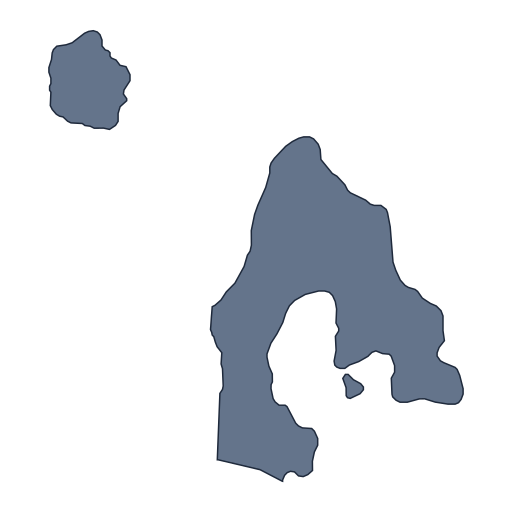 outline of Rabaul District, East New Britain, Papua New Guinea
{"feature_id": "67681753B57084390213157", "entity_name": "Rabaul District", "entity_type": "district", "adm_level": 2, "iso_a3": "PNG", "parent_name": "Papua New Guinea", "parent_adm1": "East New Britain", "projection": "albers", "projection_center": [152.151, -4.184], "detail": "fine", "context": "isolated", "style": "filled", "palette": "slate", "viewbox_px": 512, "rotation_deg": 0, "n_neighbors": 0, "source": "geoboundaries", "source_scale": "gbopen_adm2", "svg_char_len": 2881}
<svg xmlns="http://www.w3.org/2000/svg" viewBox="0 0 512 512"><path d="M282.6,481.3L282.6,480.0L284.6,475.3L287.2,472.6L290.5,471.3L294.5,471.9L298.5,475.9L303.2,476.6L307.8,474.6L312.5,470.5L312.4,461.2L314.4,451.9L317.7,445.2L317.7,438.5L314.4,431.2L311.7,428.5L302.4,427.9L298.4,425.9L295.7,423.2L287.0,406.6L285.1,405.2L279.1,405.2L275.1,401.9L273.1,398.6L271.0,388.6L271.1,384.6L272.4,381.9L272.3,373.9L268.9,366.2L267.0,357.2L267.0,353.9L270.9,343.2L276.9,333.9L282.8,322.5L285.5,313.8L285.6,313.5L286.7,311.2L289.4,305.8L289.7,305.5L294.7,300.4L305.3,294.4L318.6,291.0L324.6,291.0L329.3,292.3L332.6,295.6L335.3,301.6L336.6,309.0L336.0,323.0L338.7,328.3L338.7,331.0L335.4,336.3L336.1,350.4L334.1,361.1L334.4,362.8L334.8,365.1L336.8,367.1L340.1,368.4L344.8,368.4L349.4,365.0L358.7,361.6L368.0,356.3L369.1,355.1L372.0,352.3L375.9,350.9L376.9,351.3L382.6,353.6L389.2,354.2L391.2,356.2L394.6,365.6L394.6,372.2L391.3,378.2L392.0,394.3L392.7,396.9L396.0,400.2L400.0,402.2L407.3,402.2L419.3,398.9L424.6,398.8L435.2,402.1L447.9,404.1L455.2,404.1L458.5,402.7L461.1,399.4L463.1,394.1L463.1,388.7L459.7,375.4L457.1,369.4L455.1,367.4L443.8,362.7L440.4,360.8L437.1,356.1L437.1,352.8L439.1,347.4L444.4,340.7L443.0,330.7L443.0,316.0L441.0,310.7L436.3,306.0L430.3,303.4L422.3,298.1L417.6,291.4L415.0,289.4L408.3,287.4L405.0,285.4L400.3,280.1L395.7,270.1L393.0,262.1L390.2,226.8L387.5,212.7L386.2,209.4L380.9,205.4L374.2,205.4L370.2,204.1L365.6,200.1L362.6,198.7L350.3,192.8L347.6,190.2L344.9,184.8L336.9,176.2L332.3,173.5L320.9,159.5L320.2,149.5L318.2,144.2L317.7,143.6L313.6,138.9L309.6,136.9L303.6,136.9L298.9,138.2L292.3,141.6L285.7,146.3L274.4,158.3L271.1,163.0L269.8,167.0L269.8,173.0L265.7,187.5L263.8,191.8L257.9,205.1L254.6,214.4L251.3,230.5L251.4,245.2L250.1,251.2L247.4,255.2L244.1,266.5L234.9,283.2L226.3,291.9L221.0,300.0L215.0,305.3L212.2,306.7L211.7,313.6L211.5,315.8L210.8,326.0L210.5,329.4L210.8,330.3L211.7,332.3L212.2,335.0L213.8,336.7L215.3,342.0L217.1,346.7L221.8,352.7L221.1,364.0L222.5,368.7L223.2,386.0L222.5,389.4L219.9,393.4L217.3,459.8L218.2,459.8L260.1,469.7L282.2,481.2L282.6,481.3ZM115.5,125.4L118.1,121.4L118.1,113.4L120.1,106.7L126.7,100.7L126.7,98.7L123.4,94.0L124.0,90.0L130.0,80.7L130.0,74.7L126.0,66.7L120.0,65.3L116.0,60.0L111.3,58.0L110.0,56.0L110.0,52.7L108.0,50.7L105.3,50.0L102.0,46.0L102.0,40.0L100.0,34.7L97.3,32.0L93.3,30.7L88.7,31.4L84.6,33.2L72.1,42.8L66.1,44.8L56.8,46.2L53.5,49.5L52.2,52.9L51.5,59.5L48.9,67.6L48.9,72.2L50.9,78.2L50.9,83.6L49.6,86.2L49.6,90.2L50.9,92.2L50.3,105.6L52.3,109.6L56.3,114.2L59.6,116.2L63.0,116.9L67.6,121.2L71.0,122.9L82.3,123.5L84.9,125.5L90.2,126.2L94.2,128.2L103.5,128.1L109.5,129.4L115.5,125.4ZM360.1,393.7L363.4,389.7L363.4,387.0L360.7,383.7L353.4,379.7L348.1,374.4L345.4,374.4L342.8,378.4L346.1,387.7L346.2,395.7L347.5,397.7L350.2,398.4L360.1,393.7Z" fill="#64748b" stroke="#1e293b" stroke-width="1.5"/></svg>